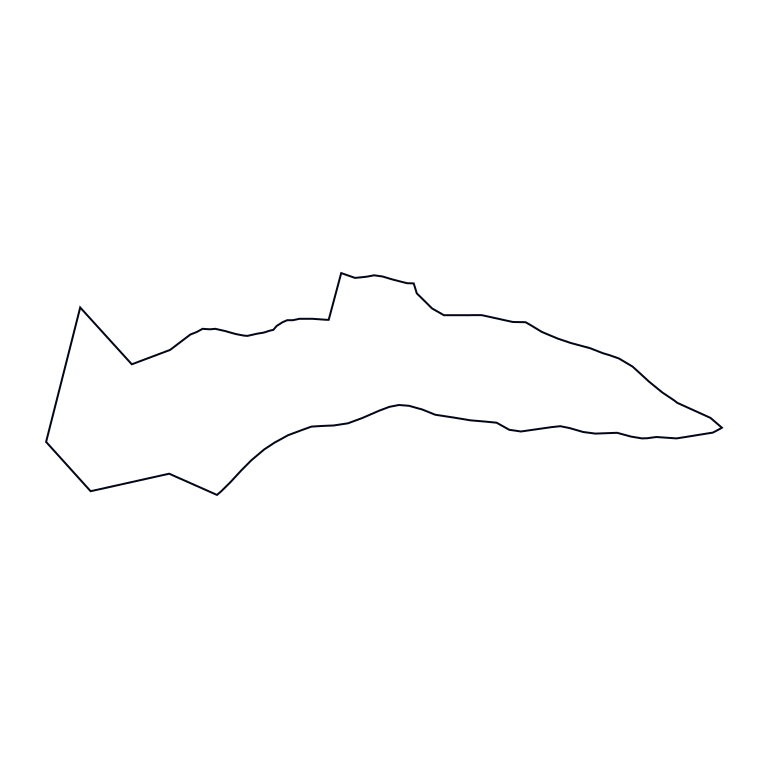 Au Tabor Hill, Anse-la-Raye, Saint Lucia (Natural Earth projection)
{"feature_id": "8701671B64289292392873", "entity_name": "Au Tabor Hill", "entity_type": "district", "adm_level": 2, "iso_a3": "LCA", "parent_name": "Saint Lucia", "parent_adm1": "Anse-la-Raye", "projection": "natural_earth1", "projection_center": [-61.035, 13.945], "detail": "fine", "context": "isolated", "style": "outline", "palette": "ink", "viewbox_px": 768, "rotation_deg": 0, "n_neighbors": 0, "source": "geoboundaries", "source_scale": "gbopen_adm2", "svg_char_len": 1935}
<svg xmlns="http://www.w3.org/2000/svg" viewBox="0 0 768 768"><path d="M721.9,427.7L710.5,417.9L680.5,404.3L677.3,402.9L674.7,400.8L662.2,392.4L649.1,381.7L632.6,366.6L621.3,359.9L619.0,358.5L609.0,355.0L606.9,354.4L602.6,353.1L590.1,348.2L575.3,344.2L570.5,342.9L557.5,338.5L554.0,337.0L550.8,335.7L541.8,331.9L532.6,326.3L525.6,322.2L513.0,322.0L504.6,320.2L498.0,318.7L481.5,315.1L465.1,315.2L460.4,315.2L443.9,315.2L436.0,310.7L432.0,308.4L420.0,296.5L416.8,293.4L415.4,288.8L413.7,283.4L407.0,283.2L393.3,279.7L390.2,278.8L382.6,276.5L374.1,275.3L366.6,276.7L360.2,277.4L355.0,277.9L343.0,273.7L341.2,273.1L330.4,313.5L328.7,319.8L326.3,319.8L319.7,319.3L312.4,318.8L299.4,318.8L292.9,320.2L287.2,320.2L284.0,321.6L282.7,322.1L280.4,323.6L276.6,326.0L273.4,329.8L269.7,330.7L265.3,332.1L263.6,332.6L262.0,332.9L257.5,333.6L247.4,335.9L245.2,335.7L243.3,335.5L235.6,334.0L228.8,332.1L225.8,331.2L223.6,330.7L215.2,328.8L213.5,329.0L209.9,329.3L205.0,329.0L202.6,328.8L199.7,330.4L196.5,332.1L190.4,334.5L178.0,343.9L170.1,349.9L131.8,364.3L80.2,307.5L69.5,349.8L46.1,441.9L90.6,491.2L116.3,485.5L169.2,473.7L176.3,476.9L181.1,479.0L216.0,494.5L217.0,494.9L221.3,491.2L230.5,482.1L241.2,470.5L251.2,460.4L264.1,449.5L272.6,443.9L274.9,442.4L279.0,440.2L288.1,435.2L297.2,431.8L301.2,430.3L310.6,426.9L311.4,426.6L321.3,426.0L327.8,425.7L333.5,425.5L348.0,423.3L353.9,421.1L362.1,418.1L379.4,410.6L389.5,406.8L394.8,405.8L398.9,405.0L409.1,405.8L417.5,408.2L422.0,409.4L435.1,414.7L450.6,417.1L452.2,417.3L461.2,418.8L462.0,418.9L470.1,420.3L486.5,421.7L487.3,421.8L488.3,421.9L496.6,422.7L509.3,429.8L516.3,430.8L520.9,431.5L551.0,427.2L557.3,426.5L560.3,426.2L568.3,427.8L569.7,428.1L583.2,432.0L595.4,433.6L603.4,433.3L617.1,432.8L631.1,436.6L642.0,438.4L647.6,438.2L650.3,437.8L656.4,437.0L667.7,437.8L676.5,438.4L688.0,436.6L704.7,433.9L712.9,432.6L720.8,428.4L721.9,427.7Z" fill="none" stroke="#020617" stroke-width="2"/></svg>